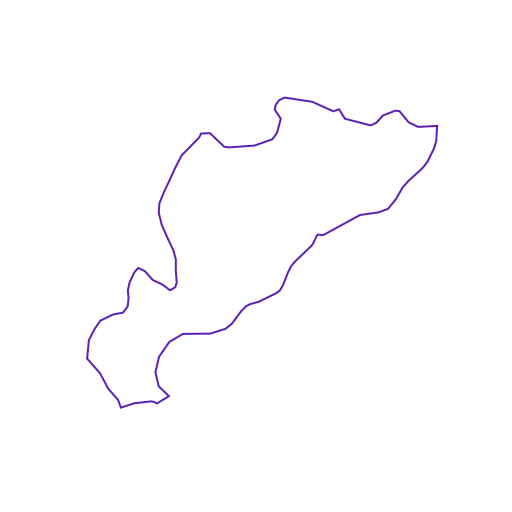 the border of South Ayrshire, rotated 205°
{"feature_id": "GBR-2009", "entity_name": "South Ayrshire", "entity_type": "Unitary District", "adm_level": 1, "iso_a3": "GBR", "parent_name": "United Kingdom", "parent_adm1": "", "projection": "albers", "projection_center": [-4.694, 55.293], "detail": "fine", "context": "isolated", "style": "outline", "palette": "violet", "viewbox_px": 512, "rotation_deg": 205, "n_neighbors": 0, "source": "natural_earth", "source_scale": "10m", "svg_char_len": 1367}
<svg xmlns="http://www.w3.org/2000/svg" viewBox="0 0 512 512"><g transform="rotate(205 256 256)"><path d="M146.7,450.5L146.5,449.5L141.3,436.6L140.1,429.0L140.4,414.5L141.2,410.1L142.8,404.6L149.5,388.7L152.1,379.9L153.2,366.6L156.3,354.5L163.7,347.1L179.0,337.2L203.2,304.3L205.0,302.7L208.8,301.7L209.5,299.7L209.5,292.7L209.8,289.4L218.3,267.5L219.8,261.7L220.1,255.2L219.2,241.1L219.8,234.9L221.9,231.0L234.2,215.6L241.0,209.9L243.9,206.1L246.1,199.8L249.2,184.6L252.8,177.2L264.7,166.3L289.3,154.5L298.2,141.6L301.3,123.8L298.0,108.1L289.1,96.8L275.7,92.2L283.4,80.5L286.6,80.6L289.5,80.0L303.9,71.2L314.4,61.5L320.2,67.3L333.5,73.1L348.0,83.9L365.7,91.6L371.9,109.2L371.4,121.9L369.7,131.7L360.9,142.5L352.6,148.5L351.0,156.3L353.8,164.1L357.7,170.9L359.4,178.8L359.4,189.5L357.7,195.4L350.5,195.4L339.4,190.6L328.8,190.6L319.4,188.6L316.0,193.6L316.6,198.4L322.7,209.2L327.2,219.0L332.8,225.8L343.4,234.6L354.6,244.4L362.4,254.1L365.8,262.9L366.4,273.7L366.4,289.4L366.5,301.1L365.9,315.8L362.1,326.6L357.6,339.3L357.5,343.8L349.6,347.9L331.0,341.6L326.4,343.0L304.1,355.4L290.5,368.8L289.0,376.6L291.6,390.9L300.9,396.6L302.0,401.4L300.8,407.1L296.9,411.7L270.4,419.5L247.1,419.8L242.8,424.1L233.4,418.0L207.3,422.8L203.2,427.7L200.3,437.1L191.0,446.7L187.1,447.9L174.3,441.7L163.7,441.5L146.7,450.5Z" fill="none" stroke="#5b21b6" stroke-width="2"/></g></svg>